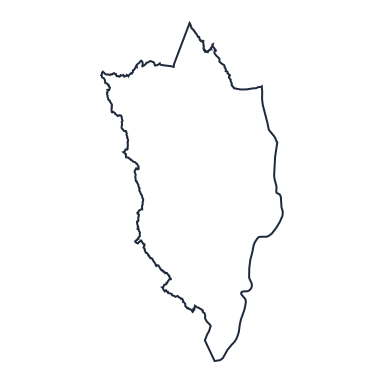 the district of Unguía, Chocó, Colombia
{"feature_id": "7082276B20687876454915", "entity_name": "Unguía", "entity_type": "district", "adm_level": 2, "iso_a3": "COL", "parent_name": "Colombia", "parent_adm1": "Chocó", "projection": "equal_earth", "projection_center": [-77.198, 8.098], "detail": "fine", "context": "isolated", "style": "outline", "palette": "slate", "viewbox_px": 384, "rotation_deg": 0, "n_neighbors": 0, "source": "geoboundaries", "source_scale": "gbopen_adm2", "svg_char_len": 5939}
<svg xmlns="http://www.w3.org/2000/svg" viewBox="0 0 384 384"><path d="M214.6,361.0L220.0,360.2L222.8,358.2L227.5,349.8L231.2,345.3L234.6,341.7L236.3,339.0L237.7,335.7L238.8,332.0L239.8,324.6L240.9,319.5L244.4,309.8L245.8,302.8L245.8,300.9L245.3,299.1L241.4,294.4L241.2,293.7L241.2,292.7L241.9,291.9L242.9,291.5L247.6,291.2L249.3,290.4L251.0,288.6L251.9,286.2L251.7,283.6L249.4,278.5L249.1,277.1L249.3,268.0L250.3,259.9L252.4,251.8L253.6,245.4L254.7,242.5L257.5,238.2L258.9,237.1L260.2,236.8L267.0,236.7L269.0,235.7L272.0,233.4L276.4,227.6L279.7,222.1L282.4,216.0L282.8,212.5L282.5,210.5L281.5,207.4L280.9,197.6L280.6,196.2L279.6,194.3L277.0,193.1L276.5,192.6L276.3,191.5L276.5,186.5L274.6,179.3L274.1,175.6L275.1,157.0L277.3,142.3L276.6,141.6L275.4,138.4L274.1,136.2L269.2,130.3L268.7,129.2L267.5,123.2L262.8,105.0L262.1,99.5L262.2,91.6L261.8,86.4L261.3,86.8L258.0,87.2L256.1,88.2L252.6,88.4L246.6,89.4L240.5,89.5L233.9,88.2L233.6,87.2L232.8,86.7L232.5,85.9L231.8,85.6L231.6,84.3L231.9,83.7L230.6,81.1L230.7,79.6L229.6,78.6L228.9,77.3L229.1,76.3L229.8,75.8L229.9,75.1L227.6,73.4L227.7,72.4L227.2,71.5L225.7,71.2L225.8,69.2L225.2,68.0L224.6,67.6L224.6,66.2L224.2,65.2L221.6,63.6L219.4,61.6L219.5,60.4L219.3,58.5L216.3,55.7L214.7,53.6L214.4,52.5L214.7,50.6L215.1,50.2L215.8,50.6L215.9,50.3L212.8,46.5L212.6,45.9L212.9,44.3L212.3,44.7L212.4,45.8L212.1,46.7L211.0,47.8L211.3,49.0L210.7,48.7L210.2,49.7L209.2,49.9L208.9,50.7L208.2,51.5L207.7,51.1L207.4,51.3L207.4,52.0L206.1,51.3L205.6,52.0L205.3,52.0L205.0,51.4L204.9,50.0L204.6,49.7L204.4,49.9L204.3,50.9L203.6,49.1L203.5,48.0L203.8,47.1L203.8,46.2L203.4,45.6L203.6,45.0L203.1,42.0L203.3,40.9L202.8,40.8L202.1,41.6L200.7,41.0L200.5,40.0L199.8,39.9L199.2,37.1L198.6,37.3L197.8,36.7L197.2,35.2L195.7,33.0L195.2,32.7L194.6,31.2L193.7,30.7L193.5,29.7L192.3,29.0L191.7,28.3L191.5,27.3L190.8,26.8L190.8,25.5L190.0,23.6L189.6,23.0L174.0,64.2L173.7,66.9L170.9,66.2L161.4,65.0L160.1,64.4L159.8,63.4L158.0,64.8L155.2,65.6L154.7,64.9L154.2,63.0L153.7,62.3L150.4,61.0L147.5,62.6L146.6,62.7L145.1,64.7L142.5,66.3L142.2,65.9L142.7,64.5L142.6,62.8L142.2,61.5L141.2,60.7L140.1,61.5L139.4,62.7L136.8,64.7L136.6,65.8L136.8,67.1L135.8,66.6L135.5,67.6L133.9,70.0L133.1,70.2L132.9,71.0L133.0,71.9L132.2,72.6L131.8,73.7L131.4,73.7L131.2,73.2L130.8,73.4L128.7,75.4L128.4,76.3L126.8,74.9L126.2,75.9L124.2,76.6L123.4,75.0L121.6,75.6L120.6,75.2L119.9,76.5L119.1,76.7L118.1,76.0L116.8,76.2L116.1,75.0L116.0,74.1L115.2,74.1L114.0,73.1L112.9,73.9L112.4,73.9L111.9,74.5L110.9,74.3L110.4,74.8L109.0,74.9L108.0,74.3L106.8,74.6L105.5,74.2L102.9,71.7L102.3,72.3L101.9,73.0L101.9,74.4L101.2,75.3L101.7,75.7L102.1,77.4L103.9,78.3L104.4,79.0L104.8,80.0L105.3,83.0L107.2,83.6L107.7,84.7L108.3,84.7L108.5,85.3L108.9,85.5L108.8,86.3L109.5,87.1L109.6,87.9L109.8,87.9L109.2,90.0L107.4,89.9L107.7,92.0L107.0,92.8L107.2,93.3L107.0,94.4L107.6,95.5L107.5,96.7L108.3,98.8L108.3,99.4L108.9,100.3L109.7,100.5L110.5,102.5L111.8,104.3L112.0,105.5L111.6,106.3L111.9,107.6L111.5,108.3L111.7,112.0L112.2,112.4L112.8,111.8L114.8,112.8L115.3,114.1L116.3,114.6L117.8,116.0L118.5,115.9L119.2,115.2L121.1,115.6L121.7,116.8L121.7,118.2L122.6,120.8L121.7,122.0L122.1,124.7L121.8,125.3L121.6,127.7L121.9,128.7L122.8,129.3L123.8,130.8L125.8,131.0L125.8,131.8L126.4,132.1L126.7,133.9L126.5,134.8L126.9,136.0L127.3,136.3L127.2,138.2L128.0,139.4L128.1,140.6L127.5,142.0L127.8,142.3L127.7,144.0L127.9,145.6L127.6,146.2L127.7,147.5L127.4,148.2L127.6,149.0L127.2,149.6L125.7,149.4L124.9,150.6L124.7,151.6L123.4,152.1L126.0,154.2L125.7,155.1L126.1,155.9L125.9,156.7L126.1,157.3L128.6,157.7L129.6,158.9L130.5,159.2L130.9,160.0L131.9,160.3L133.1,161.6L135.3,162.3L136.3,163.5L137.1,163.9L137.8,165.6L138.6,166.4L138.5,167.6L138.7,168.8L137.5,169.3L136.6,168.3L136.1,168.3L135.6,169.7L134.8,170.7L134.6,172.0L135.5,174.0L135.6,175.5L135.3,176.8L135.9,181.2L136.9,181.6L137.4,183.4L138.3,184.5L138.3,185.7L139.0,187.5L139.5,188.0L139.6,188.7L139.2,189.2L139.4,190.8L140.3,192.2L140.8,194.1L141.9,195.2L142.4,197.7L143.2,199.2L143.1,201.0L142.6,202.3L142.7,204.5L142.0,206.1L142.2,209.3L141.5,209.2L138.8,210.7L138.5,212.1L137.4,212.7L137.7,213.9L138.5,214.1L139.0,214.9L138.2,218.2L138.5,220.3L137.9,221.4L137.4,221.3L136.9,221.8L137.3,224.4L137.8,225.5L137.7,226.5L138.3,227.0L138.3,228.0L137.8,228.1L137.5,229.0L138.7,229.5L138.9,230.8L139.9,232.3L139.7,234.2L139.9,235.7L139.5,236.7L138.6,237.3L138.3,238.9L137.6,238.9L137.0,240.0L136.4,240.1L135.7,241.2L135.2,241.4L136.3,242.9L138.0,243.4L138.7,242.3L140.1,241.4L140.5,240.5L141.3,240.6L142.7,243.2L143.2,243.4L143.5,244.0L144.5,244.3L144.5,245.0L144.1,245.6L144.3,246.1L143.9,246.5L143.5,247.5L144.8,249.1L144.7,250.4L145.4,251.4L145.7,252.7L147.1,253.2L147.8,254.0L148.0,254.9L148.6,255.3L148.7,255.9L149.1,255.8L150.3,258.2L151.4,258.1L152.6,259.1L152.5,259.5L153.6,261.3L155.1,263.3L156.1,265.9L156.6,266.0L157.1,265.2L158.4,265.4L160.5,268.8L160.7,269.5L161.5,270.1L162.1,270.1L162.1,270.6L162.6,270.9L163.5,271.1L163.5,271.8L165.0,272.4L165.1,273.2L166.8,272.9L168.5,275.3L169.2,275.6L169.1,276.4L169.6,276.9L169.9,278.1L170.8,278.7L170.8,279.2L169.5,279.2L167.8,281.4L167.3,282.7L166.5,282.8L166.5,283.8L165.9,284.5L164.3,284.7L163.3,287.0L162.2,287.3L163.1,288.0L163.3,289.5L164.8,291.4L166.0,290.3L167.2,291.8L167.9,291.8L168.0,292.9L171.6,293.9L172.1,295.3L174.0,295.8L175.4,296.8L177.7,296.0L179.2,297.5L180.5,297.9L181.1,298.9L182.2,298.8L183.1,300.3L182.8,301.1L182.9,301.8L184.2,302.4L185.2,303.9L185.4,306.3L186.6,307.3L187.2,308.3L188.1,308.0L189.2,309.1L190.5,309.3L191.7,310.4L192.6,311.9L193.2,311.5L193.3,309.6L193.9,310.0L194.3,309.6L194.5,308.7L194.1,308.1L194.8,307.0L194.9,305.8L197.5,307.5L198.9,307.8L200.1,308.8L201.5,309.3L202.2,310.4L202.8,310.5L202.7,311.5L203.1,312.3L204.5,313.1L205.3,315.6L205.0,317.7L205.4,319.0L206.7,321.4L210.3,325.1L210.7,326.4L210.0,327.8L209.7,329.3L208.8,331.7L207.1,334.5L204.9,340.4L214.6,361.0Z" fill="none" stroke="#1e293b" stroke-width="2"/></svg>